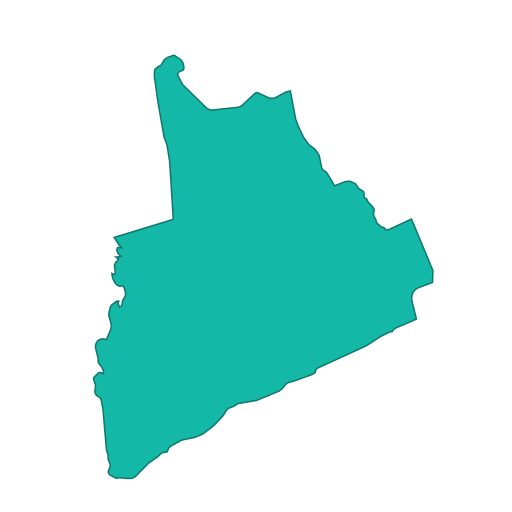 the Department of Bas-Sassandra, rotated 354°
{"feature_id": "CIV-3448", "entity_name": "Bas-Sassandra", "entity_type": "Department", "adm_level": 1, "iso_a3": "CIV", "parent_name": "Ivory Coast", "parent_adm1": "", "projection": "orthographic", "projection_center": [-6.849, 5.451], "detail": "fine", "context": "isolated", "style": "filled", "palette": "teal", "viewbox_px": 512, "rotation_deg": 354, "n_neighbors": 0, "source": "natural_earth", "source_scale": "10m", "svg_char_len": 3141}
<svg xmlns="http://www.w3.org/2000/svg" viewBox="0 0 512 512"><g transform="rotate(354 256 256)"><path d="M123.3,233.8L120.9,230.8L116.9,222.7L120.4,222.0L177.6,210.9L180.0,152.9L179.1,136.1L177.0,128.1L174.5,91.2L173.7,66.3L174.6,60.4L176.7,58.6L178.2,57.6L179.5,57.1L180.3,56.9L181.2,56.5L181.9,55.9L182.5,55.2L184.9,51.7L185.4,51.2L188.3,49.5L189.2,49.1L194.3,48.0L195.7,47.8L202.0,53.2L203.6,56.6L203.9,58.8L204.0,60.3L203.9,61.6L203.7,62.6L203.2,63.2L202.5,63.7L200.7,64.2L199.7,64.4L198.7,64.9L197.9,65.6L197.0,67.1L197.1,68.1L200.9,77.9L222.5,103.9L225.2,105.8L227.3,106.3L254.2,106.2L256.0,105.8L258.0,104.7L271.9,94.2L273.4,93.4L275.5,94.2L284.8,99.8L288.2,100.9L291.3,100.8L302.8,96.1L307.4,95.4L309.8,124.3L312.2,133.3L315.9,143.3L319.6,149.8L320.7,151.2L321.8,152.3L322.2,152.6L322.3,152.7L324.7,154.9L326.2,156.6L327.1,158.1L328.6,160.9L329.2,162.5L329.5,164.0L330.5,174.5L331.0,176.3L331.7,177.5L333.1,178.7L333.9,179.2L334.8,180.3L335.8,182.0L341.5,194.4L352.2,191.4L356.6,191.3L358.0,191.8L362.5,194.6L363.2,195.7L364.8,199.2L368.9,202.5L369.5,203.2L369.9,204.1L370.0,205.0L369.7,207.1L369.7,208.2L370.0,209.5L370.7,210.1L371.7,210.5L372.2,211.1L372.7,213.2L373.9,215.2L375.0,216.4L375.7,217.4L376.4,218.2L378.3,221.3L378.2,223.2L378.0,224.2L377.5,225.0L377.3,225.9L377.3,226.9L377.5,229.0L377.9,229.9L378.3,230.6L378.7,231.5L379.5,235.3L380.0,236.1L380.6,236.8L381.8,238.1L382.5,239.2L383.2,239.8L384.4,240.4L386.3,241.2L387.1,242.2L387.6,243.2L388.1,243.9L391.1,243.5L414.5,235.5L430.4,288.8L428.8,300.8L413.8,304.6L412.0,305.4L410.4,306.5L408.5,308.4L407.9,309.5L407.2,311.0L406.4,314.0L406.3,316.3L408.9,334.9L409.0,335.5L387.9,342.1L384.7,343.8L383.4,345.5L381.2,345.4L371.4,349.1L356.6,356.7L305.3,374.0L303.7,375.2L302.6,378.1L299.8,379.6L280.0,384.5L276.2,384.9L273.2,385.9L268.1,390.7L265.1,392.7L241.4,399.7L222.6,400.9L217.7,403.3L213.3,404.4L211.2,405.6L206.0,412.0L195.9,420.5L184.2,427.6L176.5,429.9L162.6,431.4L151.5,436.1L149.2,437.7L147.3,441.4L145.2,441.7L142.9,441.7L141.1,442.3L137.7,445.1L127.6,450.7L112.8,462.9L109.5,464.2L104.9,463.8L96.8,462.2L93.7,462.5L87.5,458.3L86.5,456.1L86.8,454.2L88.7,450.6L89.3,448.8L89.0,447.0L87.7,443.2L88.1,438.5L87.7,436.5L87.2,434.8L87.0,433.1L87.8,392.8L87.0,383.1L86.5,381.4L85.4,380.0L83.9,378.9L82.5,377.5L81.6,375.3L81.6,375.1L81.6,373.7L82.6,369.8L82.9,367.7L81.6,361.8L81.7,360.1L87.4,355.5L89.9,355.8L91.4,356.9L92.2,357.0L92.2,354.1L91.1,350.5L89.3,348.0L88.0,345.4L88.3,341.4L86.8,330.5L87.3,327.2L89.6,323.8L92.7,322.4L95.9,322.5L98.5,323.5L103.6,314.3L104.7,311.0L104.8,307.9L103.3,299.0L105.3,292.8L106.1,291.1L107.5,289.4L112.3,286.7L112.8,286.2L114.9,286.6L114.6,287.3L113.7,288.3L113.9,289.3L114.5,290.5L114.5,291.9L114.9,292.6L116.7,291.8L117.7,290.6L118.4,287.5L118.8,286.3L121.1,283.1L122.2,281.2L122.4,279.0L121.9,275.4L120.8,271.9L119.4,271.6L117.5,272.0L114.7,270.4L112.9,267.9L111.6,264.6L110.9,261.3L110.9,258.3L113.5,259.7L114.3,257.7L114.2,250.6L115.6,247.9L117.8,246.1L118.8,244.5L118.4,244.2L116.5,242.4L117.8,242.5L121.5,242.2L119.0,239.0L118.1,235.4L119.3,233.1L123.3,233.8Z" fill="#14b8a6" stroke="#0f766e" stroke-width="1.5"/></g></svg>